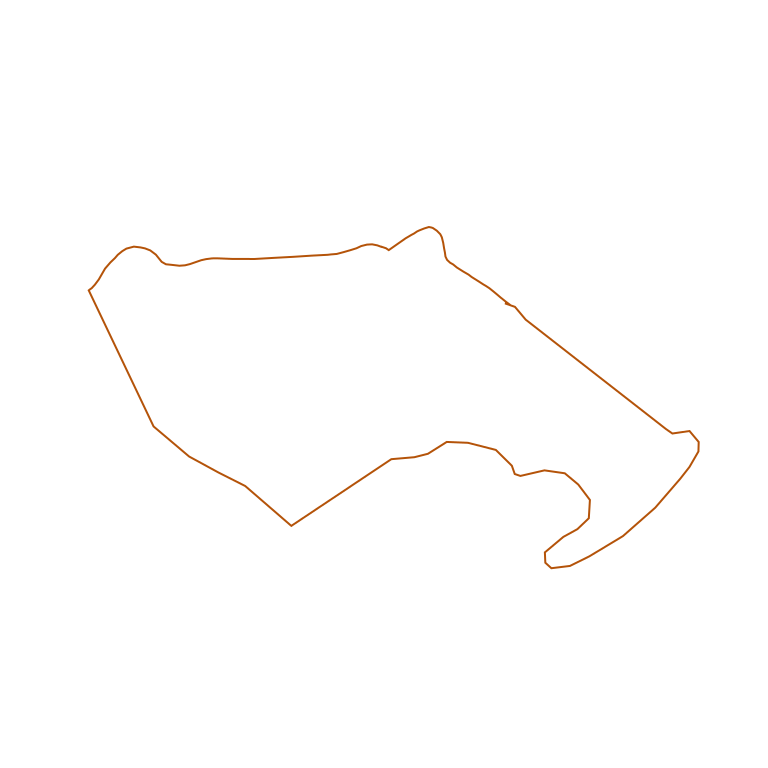 outline of Sauzay, Choiseul, Saint Lucia, rotated 50°
{"feature_id": "8701671B61982793358866", "entity_name": "Sauzay", "entity_type": "district", "adm_level": 2, "iso_a3": "LCA", "parent_name": "Saint Lucia", "parent_adm1": "Choiseul", "projection": "mercator", "projection_center": [-61.034, 13.778], "detail": "fine", "context": "isolated", "style": "outline", "palette": "amber", "viewbox_px": 768, "rotation_deg": 50, "n_neighbors": 0, "source": "geoboundaries", "source_scale": "gbopen_adm2", "svg_char_len": 1617}
<svg xmlns="http://www.w3.org/2000/svg" viewBox="0 0 768 768"><g transform="rotate(50 384 384)"><path d="M600.0,196.9L425.8,234.1L409.1,234.1L400.0,239.5L402.1,237.1L398.6,237.9L392.6,239.1L388.4,239.8L383.4,240.7L378.4,241.7L374.4,242.9L371.6,243.9L367.0,245.3L358.3,248.1L354.6,248.9L348.8,251.0L341.6,253.3L336.8,254.2L333.6,255.4L329.5,255.9L325.9,255.0L322.4,252.8L318.6,250.7L313.9,247.9L308.8,245.4L306.8,244.9L305.4,244.6L300.5,245.0L295.9,246.3L294.6,247.1L292.6,248.7L290.7,253.2L289.1,258.0L288.4,260.6L288.0,264.4L287.4,267.1L287.0,269.6L286.3,273.7L284.5,294.3L281.3,295.2L276.4,298.2L277.9,297.5L273.5,300.0L269.4,303.3L266.3,307.4L263.7,312.7L262.3,317.9L259.8,323.9L257.0,330.2L254.0,336.6L250.6,341.4L248.9,344.0L239.4,356.6L228.3,371.7L217.1,386.6L205.1,402.7L190.7,419.8L180.5,431.0L177.3,434.9L174.0,440.0L171.7,444.4L170.2,448.3L167.4,455.6L165.2,460.1L161.9,464.7L156.1,470.2L152.1,474.1L147.5,475.8L142.5,475.7L138.3,475.6L131.4,477.2L126.5,479.9L122.9,482.7L118.0,487.3L114.7,494.3L114.0,499.1L113.9,504.9L114.6,509.2L115.0,515.4L116.3,523.5L120.6,535.3L122.1,541.7L122.5,544.8L122.7,546.2L122.5,548.8L122.5,550.0L268.4,587.8L314.3,579.9L345.4,567.7L372.9,555.9L433.1,546.2L446.3,426.7L459.6,407.8L465.7,395.2L468.7,373.2L483.0,357.5L506.4,340.7L528.8,338.6L537.0,341.7L542.1,338.6L553.3,316.6L568.6,302.9L585.9,299.8L605.2,300.8L618.5,313.4L619.5,329.1L616.4,344.9L616.4,369.0L624.6,375.3L632.7,374.2L642.9,358.5L648.0,337.5L654.1,298.7L653.1,255.7L647.0,218.0L643.9,203.3L637.8,186.5L630.7,180.2L616.4,180.2L607.3,194.9L600.0,196.9Z" fill="none" stroke="#b45309" stroke-width="2"/></g></svg>